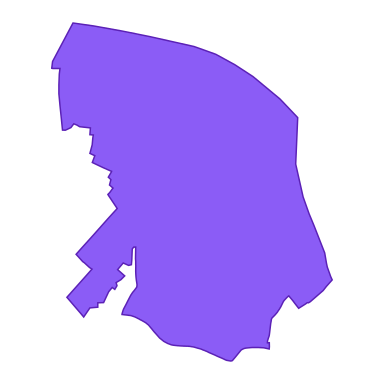 Tay Ho, Ha Noi, Vietnam
{"feature_id": "81297802B85279913761146", "entity_name": "Tay Ho", "entity_type": "district", "adm_level": 2, "iso_a3": "VNM", "parent_name": "Vietnam", "parent_adm1": "Ha Noi", "projection": "natural_earth1", "projection_center": [105.817, 21.069], "detail": "fine", "context": "isolated", "style": "filled", "palette": "violet", "viewbox_px": 384, "rotation_deg": 0, "n_neighbors": 0, "source": "geoboundaries", "source_scale": "gbopen_adm2", "svg_char_len": 3413}
<svg xmlns="http://www.w3.org/2000/svg" viewBox="0 0 384 384"><path d="M332.2,279.9L330.7,276.6L327.3,267.1L326.5,263.4L324.7,252.9L314.0,225.6L309.1,213.8L303.1,196.9L295.7,164.1L297.7,117.6L280.0,99.0L252.9,76.5L234.8,64.7L229.3,61.7L215.8,54.3L205.0,50.4L194.0,46.5L171.7,41.5L149.8,36.6L122.4,31.1L94.0,26.0L73.0,23.0L52.6,61.4L52.4,62.8L51.9,67.1L51.8,67.5L51.8,68.3L52.8,68.5L60.0,68.5L59.6,71.5L59.3,74.0L58.9,84.7L58.9,93.9L60.0,105.7L61.5,120.1L62.5,130.1L65.4,130.2L70.9,127.6L73.8,123.8L77.0,125.1L79.6,126.7L90.4,127.9L89.9,134.7L93.3,135.0L92.8,138.0L92.2,144.8L89.9,153.4L94.8,155.7L92.3,162.5L100.5,166.4L103.5,167.8L110.7,171.0L111.6,171.3L111.4,171.9L108.3,177.2L110.9,179.6L109.5,185.0L113.0,188.1L111.9,189.5L111.0,190.8L109.6,192.7L108.2,194.1L107.9,194.4L108.3,195.2L117.2,208.5L108.1,218.5L92.9,235.6L80.8,249.0L76.1,254.3L82.7,261.6L84.4,262.8L89.5,267.5L92.0,269.1L86.6,275.2L66.9,297.3L68.1,298.7L80.7,313.4L83.7,317.0L89.9,307.9L97.8,307.2L97.8,302.8L103.6,302.6L108.7,291.7L112.2,287.5L114.8,289.4L117.0,285.7L116.1,282.6L120.9,279.7L124.7,275.9L120.9,272.5L117.6,269.6L123.2,263.0L128.6,265.4L131.4,264.7L131.8,260.2L132.0,255.2L132.1,252.6L132.3,248.9L132.5,248.5L133.2,247.8L133.8,247.1L135.7,247.1L135.5,258.9L135.7,261.3L135.7,264.5L135.8,265.6L135.7,271.2L135.8,273.8L136.0,277.0L136.4,280.6L136.6,281.8L136.9,283.7L137.0,284.6L137.0,285.3L136.8,286.8L136.7,287.2L136.2,287.9L134.4,290.3L133.5,291.4L132.7,292.3L130.9,295.0L129.2,298.2L127.9,300.7L126.6,303.3L126.1,304.3L124.4,307.5L123.6,309.0L123.0,310.6L122.1,313.6L122.0,314.5L124.5,314.8L127.3,315.1L128.0,315.2L128.5,315.3L129.3,315.4L129.8,315.4L130.2,315.5L131.0,315.6L134.8,316.9L136.5,317.7L137.1,318.0L137.4,318.2L139.1,319.0L139.6,319.3L140.0,319.6L140.8,320.0L141.5,320.3L142.2,320.7L142.7,321.0L143.4,321.4L144.0,321.7L144.6,322.1L145.5,322.6L146.5,323.4L147.7,324.4L148.4,324.9L150.9,327.9L151.8,328.9L152.0,329.2L153.7,331.3L154.8,332.6L155.0,332.7L155.2,333.0L156.1,334.0L157.6,335.7L159.6,338.0L161.1,339.2L162.6,340.4L163.7,341.3L164.4,341.7L165.3,342.2L166.1,342.6L167.0,343.1L168.0,343.6L168.9,343.9L169.2,344.0L171.2,344.8L172.7,345.1L174.0,345.3L177.7,345.7L178.3,345.7L179.2,345.8L180.4,345.9L182.4,346.0L183.8,346.1L185.0,346.1L186.3,346.2L188.0,346.2L188.5,346.3L189.2,346.3L190.6,346.5L191.2,346.6L191.6,346.7L192.6,346.8L194.1,347.1L197.5,348.1L199.4,348.6L200.8,349.0L202.3,349.6L202.8,349.9L204.6,350.5L205.7,351.0L205.9,351.1L206.5,351.3L207.2,351.6L208.7,352.4L208.9,352.5L214.5,354.9L215.8,355.5L217.0,356.1L219.1,357.0L221.5,358.0L223.7,359.0L224.3,359.3L225.1,359.7L226.5,360.3L230.6,361.0L231.5,360.9L232.4,360.6L235.2,357.3L240.5,350.8L241.4,349.8L243.8,348.6L244.9,348.3L245.8,348.1L247.6,347.9L250.9,347.6L252.4,347.5L256.8,347.5L258.4,347.5L260.0,347.6L261.9,347.7L263.8,347.8L269.2,349.0L269.4,346.8L269.3,342.7L267.8,342.8L267.4,342.8L267.5,341.7L267.5,341.0L267.7,340.3L268.5,337.7L268.9,336.7L269.2,335.6L269.3,335.1L269.6,332.9L270.7,323.5L271.1,321.4L271.4,319.3L271.7,318.6L272.0,318.0L272.5,317.5L274.8,315.2L276.2,313.6L277.1,312.5L277.7,311.7L278.2,310.8L279.3,309.3L280.8,306.8L283.2,301.9L284.1,300.5L286.8,297.6L288.1,296.4L288.8,295.9L292.6,300.4L293.8,302.0L295.0,303.6L296.8,305.9L297.8,307.2L298.7,308.3L299.3,307.9L305.8,303.8L306.6,303.1L307.3,302.7L308.5,302.8L310.3,301.7L323.2,290.5L326.4,286.4L332.2,279.9Z" fill="#8b5cf6" stroke="#5b21b6" stroke-width="1.5"/></svg>